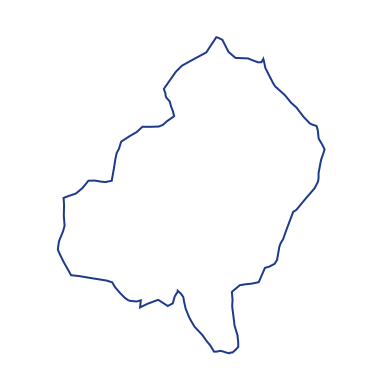 Tooz Khurmato, Sala ad-Din, Iraq (Equal Earth projection), rotated 186°
{"feature_id": "34846034B84892780097972", "entity_name": "Tooz Khurmato", "entity_type": "district", "adm_level": 2, "iso_a3": "IRQ", "parent_name": "Iraq", "parent_adm1": "Sala ad-Din", "projection": "equal_earth", "projection_center": [44.642, 34.819], "detail": "fine", "context": "isolated", "style": "outline", "palette": "blue", "viewbox_px": 384, "rotation_deg": 186, "n_neighbors": 0, "source": "geoboundaries", "source_scale": "gbopen_adm2", "svg_char_len": 1900}
<svg xmlns="http://www.w3.org/2000/svg" viewBox="0 0 384 384"><g transform="rotate(186 192 192)"><path d="M135.0,331.8L135.4,330.7L136.6,328.3L139.6,327.9L144.7,329.1L150.3,330.7L162.8,329.9L170.3,335.1L177.7,346.5L181.9,348.1L184.0,348.5L192.4,332.3L204.6,324.0L215.3,316.5L220.7,309.8L227.5,297.5L230.8,291.6L228.7,287.2L228.4,285.3L227.5,283.3L223.6,279.7L221.8,275.0L219.2,269.8L217.7,265.5L224.5,259.6L228.1,255.6L232.0,253.6L240.0,252.5L248.1,251.7L253.4,245.7L259.4,241.4L267.7,234.7L269.2,227.2L269.7,226.0L271.0,222.8L271.6,217.3L272.1,207.8L273.0,194.8L279.3,192.8L283.4,192.8L289.7,193.2L296.2,192.4L301.3,184.5L307.5,178.2L313.5,175.5L319.1,172.7L317.9,166.0L317.0,155.0L315.2,145.1L316.1,139.6L319.1,129.3L319.4,123.0L319.4,120.6L317.4,117.1L316.7,115.9L312.5,109.2L306.0,100.1L303.6,96.6L295.8,96.6L282.5,95.8L267.6,95.0L261.9,93.8L258.4,89.1L253.0,84.0L247.6,79.6L244.1,77.7L242.3,77.3L239.3,77.3L235.7,77.3L231.6,78.9L231.6,71.8L224.7,76.1L216.1,80.4L214.3,81.2L204.2,76.1L199.5,79.2L198.3,86.3L195.9,91.1L195.9,92.3L192.6,89.9L189.7,86.7L188.5,82.4L186.1,75.3L181.9,67.4L179.3,63.5L175.1,58.0L166.8,50.9L162.0,45.4L157.9,41.4L155.5,38.3L153.4,35.5L150.6,35.9L147.1,37.0L144.2,36.6L141.3,35.9L137.9,35.5L137.0,36.3L135.0,36.6L132.4,39.3L129.8,42.8L130.4,47.7L131.8,54.2L135.8,63.8L136.7,68.0L140.1,82.5L140.4,89.0L141.9,96.7L141.0,97.8L134.7,104.3L128.9,105.9L123.4,107.0L116.2,109.3L111.5,124.2L107.5,125.8L102.3,129.2L100.3,133.4L99.4,146.8L98.5,150.3L96.5,154.5L94.2,164.0L90.4,178.6L89.3,182.8L86.4,185.1L80.6,193.8L78.0,197.7L70.5,208.5L67.8,215.4L67.6,218.8L68.1,224.2L67.5,231.5L67.0,237.6L65.5,243.7L64.6,248.3L67.6,253.0L71.6,258.3L73.4,266.7L75.1,270.7L79.8,271.7L82.1,272.6L86.4,276.3L88.7,278.2L92.9,282.6L96.9,286.9L102.6,291.0L109.6,297.9L120.2,305.6L122.3,308.1L131.9,322.8L133.6,327.9L134.2,329.8L135.0,331.8Z" fill="none" stroke="#1e3a8a" stroke-width="2"/></g></svg>